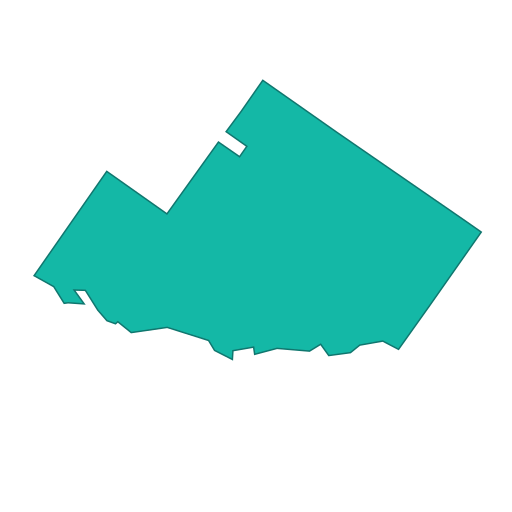 the district of Jeff Davis, Georgia, United States of America, rotated 215°
{"feature_id": "52423323B63822520478885", "entity_name": "Jeff Davis", "entity_type": "district", "adm_level": 2, "iso_a3": "USA", "parent_name": "United States of America", "parent_adm1": "Georgia", "projection": "albers", "projection_center": [-82.62, 31.822], "detail": "fine", "context": "isolated", "style": "filled", "palette": "teal", "viewbox_px": 512, "rotation_deg": 215, "n_neighbors": 0, "source": "geoboundaries", "source_scale": "gbopen_adm2", "svg_char_len": 648}
<svg xmlns="http://www.w3.org/2000/svg" viewBox="0 0 512 512"><g transform="rotate(215 256 256)"><path d="M261.8,403.7L351.2,403.8L351.1,365.9L351.8,340.7L326.4,340.6L326.4,327.9L352.1,327.8L353.1,239.4L426.8,239.7L426.5,112.6L404.1,114.9L386.0,107.2L383.1,109.9L369.3,118.2L385.5,123.8L376.1,130.0L354.5,120.9L341.0,117.5L332.2,119.9L331.5,122.9L314.3,121.7L287.8,146.6L246.4,159.6L235.8,154.9L216.0,157.7L220.6,165.2L205.7,180.0L200.7,174.7L185.8,192.4L157.6,208.8L152.4,220.8L139.3,216.2L123.2,231.0L119.9,242.5L103.4,259.0L85.7,261.3L85.3,315.1L85.2,404.8L104.2,404.8L261.8,403.7Z" fill="#14b8a6" stroke="#0f766e" stroke-width="1.5"/></g></svg>